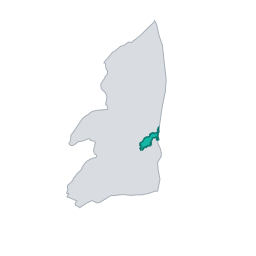 District #1, Grand Bassa, Liberia (highlighted), rotated 228°
{"feature_id": "62588387B32884824633153", "entity_name": "District #1", "entity_type": "district", "adm_level": 2, "iso_a3": "LBR", "parent_name": "Liberia", "parent_adm1": "Grand Bassa", "projection": "equal_earth", "projection_center": [-10.179, 6.235], "detail": "fine", "context": "in_parent", "style": "filled", "palette": "teal", "viewbox_px": 256, "rotation_deg": 228, "n_neighbors": 0, "source": "geoboundaries", "source_scale": "gbopen_adm2", "svg_char_len": 5342}
<svg xmlns="http://www.w3.org/2000/svg" viewBox="0 0 256 256"><g transform="rotate(228 128 128)"><path d="M61.3,107.7L63.0,105.8L65.6,99.5L69.1,93.5L72.4,89.9L75.0,86.2L77.8,83.4L81.7,80.1L87.8,71.5L89.2,70.5L90.2,64.5L91.7,56.8L93.5,54.5L97.6,53.1L98.5,51.7L100.0,46.4L101.0,40.1L101.0,38.8L102.7,38.6L105.4,37.3L107.0,37.9L107.8,39.7L108.1,41.2L116.5,37.3L117.3,36.5L117.7,36.6L118.8,40.1L119.4,39.9L119.9,38.9L120.4,38.8L121.1,39.3L121.8,40.9L122.8,42.4L124.7,43.4L125.8,44.8L125.7,48.6L126.1,52.3L126.9,53.1L127.3,55.3L127.6,57.7L128.0,58.9L128.3,61.3L128.2,63.9L128.5,65.8L129.8,68.9L130.7,72.9L130.7,75.7L130.2,78.6L129.3,81.3L127.7,84.3L127.6,85.5L128.5,86.2L129.9,86.4L131.1,85.8L134.1,87.1L135.7,89.1L137.0,91.5L138.3,92.7L138.8,94.2L141.0,93.8L143.4,92.3L143.9,91.6L144.7,92.0L146.2,92.1L147.3,89.5L148.2,86.5L150.1,83.2L151.1,82.0L151.3,79.9L151.4,77.2L152.1,74.8L153.7,73.6L155.4,73.6L156.3,74.0L156.8,76.3L158.1,78.0L159.3,79.2L159.9,79.7L160.9,81.1L161.8,85.6L165.5,100.4L165.3,104.5L164.6,107.1L164.6,109.7L164.3,112.3L162.1,116.5L155.6,125.1L156.1,125.9L157.6,126.9L159.2,127.4L160.5,127.1L162.2,129.3L164.0,132.0L165.8,133.4L168.5,134.6L170.9,134.8L172.9,134.3L175.8,134.8L178.8,137.1L179.9,140.8L180.6,144.0L181.6,145.6L181.8,148.4L183.9,150.9L187.0,151.4L191.0,154.3L192.0,154.1L192.4,153.7L192.9,154.3L193.9,162.6L194.7,167.0L194.3,168.8L193.8,170.2L193.7,176.9L192.0,180.8L191.7,185.0L191.2,186.4L189.2,187.6L189.2,190.8L188.7,194.8L188.5,198.9L189.1,209.8L189.2,218.0L190.1,219.5L186.3,218.8L175.3,212.6L166.8,209.1L138.4,188.7L130.5,180.6L121.5,168.4L101.2,143.9L96.6,140.0L90.8,138.1L87.2,136.0L84.7,133.8L82.7,127.0L77.6,123.0L68.3,117.2L61.3,107.7Z" fill="#d9dde1" stroke="#a8b0b8" stroke-width="1"/><path d="M108.0,151.0L107.8,150.6L107.7,150.2L107.4,150.0L107.3,149.8L107.2,149.8L107.0,149.7L107.0,149.4L107.0,149.2L106.8,149.3L106.7,149.3L106.8,149.5L106.7,149.5L106.7,149.4L106.6,149.2L106.5,148.9L106.4,148.9L106.2,148.9L106.0,148.7L106.0,148.4L105.9,148.4L105.8,148.5L105.7,148.3L105.6,148.1L105.5,147.8L105.4,147.6L105.3,147.3L105.2,147.2L105.3,147.1L105.3,146.8L105.4,146.6L105.3,146.4L105.4,146.2L105.5,145.9L105.5,145.7L105.5,145.4L105.7,145.2L105.6,144.9L105.8,144.7L106.0,144.6L106.2,144.4L106.3,144.2L106.4,143.9L106.6,143.9L107.1,143.9L107.1,143.5L107.3,143.4L107.5,143.4L107.8,143.3L107.9,143.0L108.0,142.9L108.0,142.7L108.2,142.4L108.1,142.2L108.2,141.9L108.1,141.7L108.2,141.4L108.3,141.3L108.3,141.1L108.5,141.1L108.5,140.9L108.6,140.6L108.6,140.4L108.5,140.1L108.5,139.9L108.4,139.9L108.2,139.8L108.0,139.6L107.8,139.1L107.6,139.0L107.5,138.8L107.4,138.6L107.3,138.4L107.3,138.1L107.3,137.9L107.4,137.7L107.7,137.4L107.9,137.1L108.2,136.5L108.5,136.2L109.0,135.5L109.2,134.8L109.2,134.5L109.3,133.7L109.3,133.2L109.3,132.8L109.2,132.7L108.9,132.3L108.7,132.1L108.6,131.9L108.6,131.4L108.7,131.1L108.6,130.9L108.3,130.1L108.2,129.7L108.2,129.3L108.2,129.0L108.6,128.0L108.7,127.6L108.7,127.1L108.6,126.7L108.4,126.7L108.2,126.4L107.9,126.0L107.8,125.9L107.8,126.0L107.6,125.9L107.6,126.0L107.5,125.9L107.4,125.8L107.3,125.7L107.2,125.7L107.2,125.8L107.1,125.7L107.0,125.8L107.0,126.0L106.9,126.1L106.8,126.3L106.8,126.2L106.7,126.1L106.4,125.9L106.4,125.7L106.2,125.4L106.0,125.2L105.9,125.2L105.7,125.0L105.4,125.1L105.3,124.8L105.2,124.6L105.0,124.4L104.9,124.3L104.8,124.0L104.8,123.9L104.9,123.7L104.9,123.4L104.7,123.4L104.7,123.2L104.1,123.2L104.1,123.4L104.1,123.5L103.9,123.5L103.8,123.4L103.6,123.4L103.5,123.2L103.4,123.1L103.4,123.3L103.2,123.4L103.1,123.5L103.1,123.4L102.9,123.4L102.7,123.5L102.4,123.7L102.2,123.8L102.0,124.1L102.0,124.7L102.1,125.0L102.3,124.9L102.4,125.0L102.5,125.3L102.5,125.5L102.4,125.6L102.4,125.8L102.4,126.1L102.5,126.1L102.6,125.9L102.8,125.8L103.0,125.9L103.1,126.0L102.9,126.1L102.9,126.4L102.8,126.6L102.8,126.8L102.7,127.2L102.6,127.4L102.6,127.6L102.5,127.8L102.5,128.0L102.2,127.9L102.0,128.0L101.8,128.4L101.8,128.5L101.5,128.7L101.4,128.7L101.5,129.1L101.5,129.3L101.5,129.5L101.8,129.9L101.7,130.1L101.5,130.3L101.6,130.6L101.4,130.7L101.4,130.8L101.5,131.0L101.4,131.2L101.1,131.3L101.1,131.5L100.9,131.5L100.8,131.8L100.7,131.9L100.6,132.0L100.5,132.4L100.4,132.4L100.3,132.2L100.2,132.2L100.0,132.4L100.3,132.7L100.4,132.8L100.4,133.0L100.3,133.3L100.1,133.5L100.4,133.7L100.5,133.7L100.4,133.9L100.4,134.0L100.5,134.0L100.7,134.3L100.7,134.1L100.9,134.1L101.0,134.2L101.2,134.3L101.3,134.4L101.2,134.5L101.4,134.5L101.5,134.5L101.5,134.4L101.8,134.5L102.0,134.6L101.9,134.8L101.9,135.0L102.0,135.2L102.1,135.5L102.3,135.7L102.5,135.7L102.8,136.0L102.9,136.9L103.1,137.7L103.3,138.0L103.4,138.4L103.6,138.7L103.8,139.0L104.1,139.4L104.1,139.7L104.0,140.0L103.7,140.5L103.2,141.0L102.8,141.5L102.6,142.0L102.3,142.8L102.1,143.0L102.0,143.3L101.7,143.4L101.4,143.3L101.3,142.8L101.2,142.6L101.1,142.3L101.0,142.2L100.8,142.3L100.7,142.1L100.4,142.0L100.3,141.8L100.2,142.0L99.9,142.0L100.0,141.9L99.9,141.7L99.6,141.6L99.4,141.6L99.3,142.0L99.2,142.2L99.1,142.7L98.9,143.1L99.1,143.2L99.6,143.5L100.0,143.6L101.0,144.1L102.0,144.7L102.9,145.4L103.0,145.5L103.1,145.9L103.2,146.0L103.5,146.5L103.9,147.0L104.2,147.4L104.4,148.3L104.7,148.5L105.3,148.9L105.6,149.1L105.9,149.2L106.2,149.3L106.3,149.4L106.4,149.6L106.6,149.9L107.0,150.3L107.4,150.4L107.8,150.9L108.0,151.1L108.0,151.0Z" fill="#14b8a6" stroke="#0f766e" stroke-width="1.5"/></g></svg>